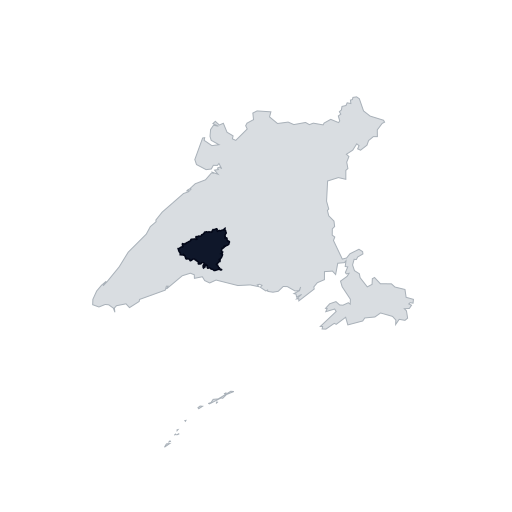 Telangana highlighted on a map of India, rotated 57°
{"feature_id": "IND-20011", "entity_name": "Telangana", "entity_type": "State", "adm_level": 1, "iso_a3": "IND", "parent_name": "India", "parent_adm1": "", "projection": "equal_earth", "projection_center": [78.948, 17.86], "detail": "fine", "context": "in_parent", "style": "filled", "palette": "ink", "viewbox_px": 512, "rotation_deg": 57, "n_neighbors": 0, "source": "natural_earth", "source_scale": "10m", "svg_char_len": 9262}
<svg xmlns="http://www.w3.org/2000/svg" viewBox="0 0 512 512"><g transform="rotate(57 256 256)"><path d="M120.9,216.8L126.2,215.4L126.9,211.1L136.4,212.9L142.8,209.8L144.9,212.0L148.0,210.0L144.7,194.2L141.1,193.7L139.7,191.2L140.3,183.8L134.4,180.8L134.9,176.1L143.2,165.0L146.7,168.9L156.6,165.8L161.2,156.1L166.4,152.7L171.0,141.7L174.9,139.7L175.8,135.6L182.6,128.3L181.6,126.5L182.1,118.9L189.1,114.1L188.3,112.2L183.4,110.7L183.2,107.6L180.4,107.5L180.0,104.8L177.4,102.4L178.8,98.6L177.2,96.1L179.8,93.4L176.7,91.9L177.3,90.0L175.8,88.3L177.3,85.0L180.4,83.7L192.9,86.8L200.8,84.1L211.6,75.1L213.8,75.3L213.5,78.0L216.3,85.6L222.0,89.2L219.8,92.6L220.5,98.7L223.5,102.6L224.2,110.7L221.5,112.4L219.6,109.5L216.8,110.4L219.9,117.2L219.9,124.8L223.2,123.9L226.7,128.8L232.7,131.3L233.1,134.0L240.6,138.9L235.1,144.2L232.1,155.1L248.5,167.0L256.2,169.4L256.7,171.3L261.9,173.1L269.2,171.6L274.1,174.0L274.8,177.2L280.0,180.7L283.0,179.6L285.2,182.6L305.6,185.3L307.0,181.1L305.3,176.0L306.4,166.0L310.4,164.2L312.5,165.2L312.2,171.2L313.6,173.8L312.2,175.5L316.1,179.9L321.9,181.4L327.2,179.0L330.9,180.5L342.5,179.5L343.0,174.1L338.4,170.8L338.6,168.3L347.0,166.8L353.1,157.6L357.7,156.4L365.2,149.3L372.4,152.6L378.1,147.6L381.1,150.0L379.1,152.1L379.4,154.0L382.0,152.4L383.5,156.0L381.0,160.3L384.0,159.7L390.7,162.7L391.1,166.1L387.1,170.4L389.5,176.2L385.9,173.6L381.0,174.4L371.6,182.6L371.9,189.5L367.2,198.5L368.6,201.9L363.8,216.5L356.2,214.2L357.0,225.9L355.1,227.1L355.4,237.2L353.2,240.3L351.4,238.5L350.1,240.4L346.2,219.0L343.3,218.9L340.7,227.8L338.9,225.0L337.8,226.2L336.2,220.2L337.8,213.8L342.6,212.5L344.6,209.9L345.5,204.0L347.7,203.2L343.7,200.4L328.8,200.5L323.1,198.8L322.7,190.8L321.2,187.4L320.2,190.0L318.5,190.0L315.1,185.0L313.4,186.9L309.0,183.1L309.7,185.5L306.6,191.4L314.9,199.3L310.3,200.1L306.4,207.1L313.1,211.5L311.8,219.1L313.4,224.3L315.4,225.2L317.0,244.5L315.1,243.4L314.1,245.4L313.0,238.6L312.6,244.4L309.8,243.2L308.2,244.7L308.8,238.4L306.3,235.4L308.5,238.6L306.6,242.3L298.7,246.4L296.4,249.8L297.7,256.6L295.6,261.5L292.1,265.4L290.9,264.8L290.7,266.8L284.6,269.4L283.9,266.9L281.5,268.6L280.9,270.6L283.4,270.2L277.1,276.6L270.9,287.3L254.4,302.6L253.4,309.5L248.7,312.4L244.2,312.3L241.2,319.8L238.1,318.0L234.7,320.4L232.4,328.6L234.9,349.1L233.4,346.2L232.5,347.6L235.2,350.7L229.0,377.3L230.5,378.8L230.4,390.2L225.3,391.1L221.7,400.1L222.5,403.1L226.3,405.0L222.1,404.0L216.7,406.1L214.5,408.9L213.2,415.5L207.9,419.5L203.5,416.4L198.6,408.7L196.4,401.6L195.6,395.4L197.7,400.5L196.6,395.4L190.6,376.7L183.2,361.1L177.9,336.1L173.8,328.6L172.8,321.1L171.3,320.4L168.1,310.8L164.1,282.8L165.3,278.0L165.1,276.3L163.7,278.5L163.4,277.2L163.6,274.4L165.2,274.7L163.3,273.6L162.3,267.6L164.6,256.9L162.1,248.1L163.2,246.8L162.1,246.9L166.8,243.3L161.4,244.0L163.0,240.5L161.3,240.4L161.6,238.1L164.1,237.2L158.2,236.7L159.0,239.0L156.7,242.4L158.7,246.1L156.4,250.8L146.9,256.1L141.8,254.8L128.0,236.5L128.8,234.6L130.8,236.5L139.4,232.9L142.5,226.4L134.6,230.6L130.6,229.4L125.2,225.2L123.2,220.4L126.7,216.8L121.5,220.0L120.9,216.8ZM354.8,374.4L352.9,370.0L355.3,365.5L355.7,350.8L357.6,348.4L356.1,356.2L357.2,361.4L356.0,362.7L354.8,374.4ZM366.3,430.5L366.5,436.9L364.8,433.4L366.3,430.5ZM352.9,387.2L351.6,387.3L351.4,384.6L352.9,382.7L352.9,387.2ZM361.9,420.3L361.8,422.1L361.5,420.4L361.9,420.3ZM363.3,417.7L362.8,420.2L363.0,417.6L363.3,417.7ZM365.0,428.2L364.5,430.2L364.1,429.4L365.0,428.2ZM356.2,405.2L355.3,405.3L355.7,404.3L356.2,405.2ZM354.5,375.4L353.7,376.4L354.1,374.8L354.5,375.4ZM357.6,367.9L358.0,369.7L357.0,368.4L357.6,367.9ZM359.5,417.3L358.8,416.9L359.1,416.0L359.5,417.3ZM354.6,356.1L354.2,358.0L354.4,355.9L354.6,356.1Z" fill="#d9dde1" stroke="#a8b0b8" stroke-width="1"/><path d="M208.5,287.1L208.6,286.7L208.0,286.1L208.1,285.9L208.4,285.7L208.5,285.1L208.6,284.8L208.5,284.6L209.0,283.9L209.6,283.7L209.8,283.6L210.0,283.4L210.0,283.0L210.0,282.4L210.0,282.2L210.3,282.0L210.7,282.0L211.1,281.0L211.3,280.7L211.6,280.4L211.9,280.3L211.9,280.1L211.3,279.4L211.3,278.9L211.0,278.8L210.9,278.5L210.8,278.4L210.7,278.4L210.4,277.6L210.5,277.5L210.7,277.3L211.0,276.8L211.2,276.6L211.2,276.2L211.4,275.3L211.7,274.8L211.8,274.7L211.5,274.5L211.5,274.4L211.8,274.1L212.0,274.0L212.4,274.1L212.7,274.1L213.0,274.7L213.3,274.8L213.7,274.8L214.0,274.9L214.4,274.9L214.5,274.7L214.5,274.4L214.4,273.7L214.4,273.4L214.6,273.1L214.8,272.6L215.0,272.4L215.5,272.3L215.6,272.2L215.7,271.8L215.7,271.2L215.7,270.9L215.9,270.3L216.0,270.0L216.1,269.7L216.5,269.4L216.6,269.1L216.6,268.8L216.5,268.7L216.3,268.7L216.2,268.5L215.9,267.5L215.9,267.2L215.9,266.9L216.4,267.2L216.7,267.7L217.3,268.0L217.5,268.0L217.6,267.8L217.9,267.7L218.2,267.9L218.5,267.8L219.2,268.1L219.6,268.4L220.2,268.3L220.4,268.5L220.8,268.8L220.8,269.0L221.1,270.0L221.5,270.3L221.6,270.5L222.0,270.8L222.1,271.0L222.4,271.1L222.4,271.3L222.5,271.3L222.7,271.2L222.8,271.2L222.9,271.4L223.2,271.4L223.4,271.7L223.7,271.8L223.9,272.1L224.2,272.3L224.3,272.3L224.4,272.2L224.3,271.8L224.5,271.5L224.6,271.4L224.6,271.1L224.7,270.9L224.8,270.7L225.6,270.8L226.0,271.3L227.4,271.4L227.5,271.5L227.8,271.7L228.0,271.6L228.0,271.4L228.1,271.2L228.3,271.0L229.0,270.7L229.3,270.5L229.8,270.6L230.3,271.3L230.5,271.7L231.1,272.0L231.3,272.5L231.4,272.8L231.4,273.1L231.4,273.7L231.4,274.2L231.3,274.5L231.1,274.7L231.1,274.9L231.1,275.5L231.2,276.1L230.8,276.5L230.6,276.8L230.5,277.2L230.5,277.6L231.2,277.5L231.4,278.6L231.5,279.0L231.4,279.7L231.4,279.9L231.0,280.4L231.5,280.8L231.8,281.0L232.4,281.6L232.6,282.0L233.4,282.2L234.1,282.1L234.4,281.9L234.5,281.8L234.7,282.0L234.8,282.3L234.8,282.8L235.1,283.2L235.1,283.4L235.3,283.1L235.5,283.4L235.7,283.5L236.2,283.2L236.4,283.2L236.6,283.3L236.7,283.5L237.0,283.7L237.3,284.1L238.4,285.7L238.5,285.9L238.7,286.5L238.9,287.2L239.1,287.7L239.2,287.8L239.2,288.0L238.9,288.2L238.8,288.3L238.8,288.6L238.8,288.8L239.0,288.9L239.4,288.8L239.5,288.7L239.6,288.3L239.7,288.2L239.9,288.3L239.9,288.5L240.0,289.0L240.7,289.0L240.9,289.1L241.0,289.2L240.8,289.7L240.7,289.9L240.7,290.2L240.8,290.6L241.1,291.5L241.2,293.0L241.3,293.5L241.5,293.7L241.6,293.9L241.8,293.9L242.6,293.2L242.8,293.1L243.5,293.4L243.7,293.5L244.4,293.4L245.1,293.5L245.9,293.7L246.0,293.5L246.1,293.2L246.3,293.3L246.7,293.5L246.9,293.6L247.1,293.4L247.4,293.0L247.6,292.9L247.9,292.9L248.1,292.8L248.4,292.3L248.6,292.2L248.8,292.3L248.8,292.7L248.7,293.1L247.3,294.0L246.8,294.8L246.5,295.6L246.4,296.3L245.8,298.4L245.3,299.1L244.1,299.4L243.4,299.7L242.7,300.6L241.9,301.0L241.3,301.0L240.7,301.3L240.4,301.8L240.2,302.3L240.2,302.6L240.2,302.8L240.0,303.1L239.8,303.2L238.7,303.0L238.2,302.8L238.0,302.3L237.5,302.0L237.0,302.2L236.6,302.4L236.6,303.1L236.3,303.4L236.1,303.4L235.6,302.8L235.5,303.0L235.5,303.6L235.4,303.9L235.5,304.1L236.4,304.6L236.9,304.4L237.2,304.5L237.4,304.7L237.5,305.0L237.2,305.6L237.3,305.9L237.5,306.2L237.6,306.5L237.2,306.6L236.7,306.5L236.1,306.1L235.6,305.9L235.2,305.6L235.0,305.2L234.7,304.6L234.5,303.8L234.3,303.5L233.9,303.4L233.7,303.4L233.3,303.5L232.6,304.2L232.2,304.6L232.0,305.1L231.9,305.5L232.5,306.1L232.3,306.6L232.3,307.2L232.1,307.3L232.1,307.5L231.6,308.2L231.4,308.6L231.0,308.6L230.7,307.6L230.2,307.8L230.1,307.5L229.9,307.4L229.7,307.3L229.3,307.7L229.2,307.8L228.8,307.8L228.4,308.1L228.0,308.1L227.9,308.3L227.7,308.4L227.5,308.6L227.4,308.6L227.2,308.4L226.8,308.5L226.3,309.1L225.5,309.1L224.8,309.3L224.7,309.5L224.3,310.3L224.4,310.6L224.3,311.7L224.5,312.4L224.3,313.5L224.2,313.7L224.0,313.8L223.8,313.8L223.6,313.7L223.3,313.7L223.2,313.7L222.7,313.5L221.6,314.2L221.4,314.7L221.3,314.8L221.2,314.9L220.9,314.7L220.8,314.8L220.7,315.1L220.8,315.6L220.8,315.8L220.6,316.0L220.3,316.2L220.0,316.3L219.7,316.3L219.3,316.1L219.0,315.8L218.9,315.7L218.7,315.8L218.3,315.9L218.1,315.9L217.9,315.8L217.6,315.5L217.2,315.6L216.5,315.6L216.3,315.7L216.1,316.0L216.0,315.9L215.9,316.0L215.7,316.3L215.1,316.2L215.2,316.6L215.1,316.8L215.0,317.1L215.0,317.3L214.8,317.6L214.5,317.8L214.2,318.0L214.0,318.3L213.9,318.6L213.7,318.9L212.2,318.0L211.9,317.8L211.7,317.7L211.4,318.0L210.7,318.1L210.3,318.0L209.5,318.0L209.3,317.9L208.7,317.6L207.9,317.5L207.4,317.3L207.7,316.9L207.8,316.6L207.7,316.1L207.8,315.2L207.7,314.6L207.8,313.8L207.9,313.3L208.0,313.1L208.3,312.8L208.4,312.6L208.4,312.4L208.3,312.0L207.9,311.8L206.9,311.8L206.0,311.4L205.6,310.9L205.8,310.7L206.7,309.9L206.8,309.8L206.9,309.4L207.3,309.1L207.4,308.4L207.1,308.3L207.2,308.1L207.4,307.8L207.3,307.6L207.1,307.4L207.1,307.2L207.1,306.6L207.3,306.4L207.3,306.2L207.3,304.4L207.7,303.5L207.6,303.3L207.3,302.6L207.3,302.0L207.2,301.9L206.8,301.7L206.7,301.6L206.7,301.3L206.8,301.0L207.9,299.0L208.1,298.4L208.6,298.2L208.8,297.8L208.9,297.6L209.4,297.4L209.8,296.5L209.7,296.5L209.6,296.4L209.5,296.5L209.1,296.7L208.9,296.8L208.8,296.7L208.8,296.4L208.3,296.5L207.9,296.4L207.6,296.1L207.3,296.0L207.1,295.7L207.5,295.0L207.6,294.7L207.8,294.5L208.1,294.3L208.3,294.1L208.3,293.8L208.0,293.4L208.1,293.1L208.2,292.9L208.6,292.7L209.1,291.9L209.2,291.7L209.2,291.2L209.0,290.6L208.6,290.1L208.6,289.8L208.7,289.7L208.9,289.6L209.0,289.4L208.9,288.8L208.7,288.0L208.7,287.8L208.8,287.5L208.8,287.3L208.5,287.1Z" fill="#0f172a" stroke="#020617" stroke-width="1.5"/></g></svg>